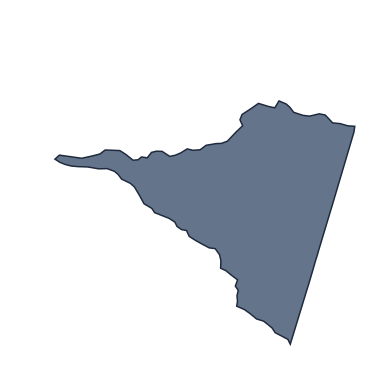 Axixá do Tocantins, Tocantins, Brazil, rotated 108°
{"feature_id": "56859067B57908802564825", "entity_name": "Axixá do Tocantins", "entity_type": "district", "adm_level": 2, "iso_a3": "BRA", "parent_name": "Brazil", "parent_adm1": "Tocantins", "projection": "natural_earth1", "projection_center": [-47.762, -5.681], "detail": "fine", "context": "isolated", "style": "filled", "palette": "slate", "viewbox_px": 384, "rotation_deg": 108, "n_neighbors": 0, "source": "geoboundaries", "source_scale": "gbopen_adm2", "svg_char_len": 1368}
<svg xmlns="http://www.w3.org/2000/svg" viewBox="0 0 384 384"><g transform="rotate(108 192 192)"><path d="M184.3,291.3L188.6,298.1L194.0,307.3L197.9,329.5L203.1,332.5L204.6,326.8L205.0,321.1L204.6,314.8L203.0,307.9L200.4,298.9L198.8,287.9L196.0,279.9L196.3,272.1L198.3,267.4L201.5,263.0L202.8,253.4L205.0,248.3L211.4,241.0L218.0,234.0L220.0,225.2L223.2,221.1L223.8,210.9L224.1,206.0L225.9,199.0L229.4,195.6L231.0,190.2L230.3,185.3L235.1,180.9L237.0,173.6L238.6,165.3L239.8,158.4L238.7,152.4L243.3,146.3L248.4,143.3L255.7,141.2L256.3,135.5L258.7,129.5L261.5,121.5L268.1,121.7L271.3,117.6L276.7,117.2L281.8,115.0L286.8,114.2L287.6,105.9L289.6,99.5L292.8,91.4L292.7,84.1L294.4,79.3L296.6,73.8L300.1,69.4L302.5,55.3L306.4,51.5L248.9,52.5L241.3,52.6L224.1,53.1L218.4,53.3L213.4,53.3L208.9,53.5L158.1,54.6L85.0,56.5L79.2,57.5L80.9,64.2L81.2,72.3L82.8,79.6L77.6,89.1L78.3,95.1L83.5,103.6L84.8,110.1L84.8,119.9L81.2,125.1L79.2,129.5L78.5,137.4L86.3,139.2L87.0,145.3L87.2,156.2L93.5,160.9L102.9,168.4L108.5,168.7L113.4,164.3L120.5,168.2L126.3,171.0L132.8,174.1L136.7,179.1L138.5,184.0L143.2,193.0L149.3,197.3L152.0,203.9L152.5,209.9L158.3,214.8L162.2,219.3L165.0,224.1L162.6,233.0L164.2,238.5L166.9,242.8L173.3,245.1L174.3,250.9L178.0,253.2L180.0,257.9L176.7,266.6L174.9,273.4L176.7,279.9L178.9,287.6L184.3,291.3Z" fill="#64748b" stroke="#1e293b" stroke-width="1.5"/></g></svg>